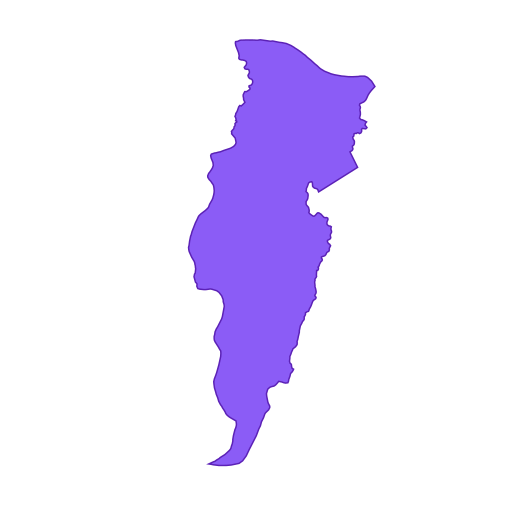 outline of Oeiras do Pará, Pará, Brazil, rotated 15°
{"feature_id": "56859067B20802906258225", "entity_name": "Oeiras do Pará", "entity_type": "district", "adm_level": 2, "iso_a3": "BRA", "parent_name": "Brazil", "parent_adm1": "Pará", "projection": "mercator", "projection_center": [-49.888, -2.385], "detail": "fine", "context": "isolated", "style": "filled", "palette": "violet", "viewbox_px": 512, "rotation_deg": 15, "n_neighbors": 0, "source": "geoboundaries", "source_scale": "gbopen_adm2", "svg_char_len": 6066}
<svg xmlns="http://www.w3.org/2000/svg" viewBox="0 0 512 512"><g transform="rotate(15 256 256)"><path d="M264.2,469.1L266.7,468.8L268.9,468.7L274.5,467.9L281.5,466.0L286.1,464.3L293.3,460.7L296.1,457.3L298.3,451.6L299.6,444.4L302.8,429.5L303.5,422.2L304.2,418.9L304.2,414.7L305.1,410.3L305.4,406.3L305.8,405.0L308.0,401.3L308.5,398.9L308.1,397.4L306.0,395.1L305.2,393.9L302.6,388.6L301.7,386.2L301.8,382.0L302.1,381.0L303.6,379.0L305.1,378.0L307.0,377.0L308.3,375.5L309.4,373.4L310.4,371.2L313.5,371.0L315.4,371.2L317.4,371.1L319.6,370.2L319.8,368.5L319.6,366.9L319.9,363.5L319.8,360.6L320.9,358.6L321.4,357.0L321.6,355.6L319.9,355.1L318.8,353.2L318.5,352.1L317.8,351.2L316.6,350.7L315.6,349.0L315.1,345.6L314.7,344.6L315.1,341.5L315.2,339.5L315.6,337.3L315.7,336.1L317.7,333.4L318.6,331.0L318.3,329.2L317.8,328.1L317.9,325.6L317.7,322.7L317.6,318.5L317.2,316.9L316.9,312.0L317.6,309.3L317.9,307.1L318.6,306.0L318.9,304.5L318.3,302.2L318.7,301.1L318.9,299.7L318.5,298.0L320.0,296.4L321.0,295.9L321.2,294.9L321.2,293.6L321.8,291.3L322.1,289.6L322.5,285.3L323.0,283.8L323.9,282.9L324.7,281.8L324.8,280.6L324.1,279.8L323.1,279.2L323.1,278.0L323.5,276.7L323.5,275.7L323.2,274.6L322.1,272.3L320.8,270.2L320.6,269.1L319.6,266.6L319.3,265.5L319.4,264.5L319.0,263.5L319.1,262.3L319.6,261.3L319.8,260.0L319.3,258.9L318.3,254.3L319.3,254.0L319.7,252.9L319.5,251.4L318.8,250.7L319.3,249.8L319.5,248.6L319.5,247.3L320.1,244.9L320.8,243.9L321.1,242.8L320.7,241.8L319.7,241.1L319.5,240.0L320.6,239.1L321.5,238.6L322.5,237.8L323.1,236.6L323.5,234.3L324.2,233.4L325.1,232.7L325.3,231.2L324.8,229.5L325.4,226.8L324.0,225.5L322.9,225.3L322.0,224.5L321.3,223.7L321.0,222.5L321.8,221.6L322.7,220.9L323.4,219.9L323.4,218.7L322.8,217.7L322.4,216.7L322.3,215.6L322.6,214.6L322.8,213.4L322.5,212.4L321.9,211.6L321.4,210.5L321.2,209.5L321.2,208.3L320.2,207.9L319.1,208.1L317.9,207.9L316.7,207.3L316.1,206.3L315.8,205.2L315.8,204.1L316.0,202.8L316.0,201.7L315.4,200.8L314.2,200.6L313.2,201.0L311.8,201.1L310.8,200.6L308.0,198.8L305.7,198.1L304.6,198.2L303.8,199.1L303.4,200.1L302.2,202.2L301.1,202.7L299.9,202.4L297.7,201.6L296.6,201.0L295.8,200.4L295.8,199.1L295.5,197.9L294.1,195.4L291.7,193.8L291.0,193.0L290.3,190.5L290.6,189.4L291.0,188.3L291.1,187.0L290.7,184.1L290.2,182.6L289.3,181.7L287.6,180.8L287.6,179.4L287.2,177.7L287.6,175.8L287.9,171.9L288.7,170.8L290.6,169.8L291.6,170.9L292.6,173.9L293.5,174.7L294.9,175.3L297.2,175.3L298.4,175.8L299.9,177.9L331.2,144.1L319.8,131.1L321.5,129.3L321.9,128.2L321.8,127.1L321.0,126.0L320.7,124.9L321.6,123.7L321.9,122.5L321.8,121.5L321.4,119.8L320.8,118.9L319.8,118.2L319.1,117.1L318.6,116.1L319.4,114.9L319.1,112.6L320.0,111.9L321.2,111.7L322.0,110.7L323.1,110.5L324.2,111.0L325.4,110.0L325.8,108.5L325.6,107.5L325.2,106.4L325.6,105.3L329.1,104.8L330.0,103.3L329.1,102.5L327.4,101.3L327.4,99.4L328.1,97.9L325.4,97.2L323.2,96.9L322.0,97.1L320.3,96.0L320.2,92.2L319.5,89.9L318.9,88.9L318.4,87.4L318.5,85.8L317.9,84.5L316.9,83.6L316.9,82.1L320.3,79.2L321.5,77.3L322.0,75.5L322.6,71.7L323.3,69.3L324.5,66.4L327.0,61.5L322.4,57.2L318.5,55.1L317.4,54.6L315.2,54.2L314.2,54.2L311.9,54.8L309.6,55.5L308.4,56.1L303.1,57.8L298.8,58.9L294.3,59.6L292.2,60.0L285.0,60.6L281.1,60.6L279.7,60.4L275.3,59.9L274.1,59.7L271.0,58.8L269.7,58.4L268.2,57.7L265.7,56.3L263.2,55.2L258.2,52.6L254.1,50.8L251.7,49.4L249.2,48.5L247.0,47.5L243.2,46.1L239.7,45.0L238.7,44.6L235.2,43.6L230.3,42.9L225.7,43.2L223.2,43.6L216.5,44.0L214.4,44.8L204.4,46.0L203.1,46.5L201.9,47.1L199.5,47.7L198.3,47.9L190.2,50.0L188.8,50.5L185.9,51.3L184.5,51.9L182.9,53.3L180.8,54.2L180.9,55.6L182.0,58.0L186.5,64.1L188.0,67.1L188.0,68.3L188.3,69.6L189.1,70.3L191.1,70.4L192.5,70.1L194.7,70.1L196.2,70.6L197.0,72.0L197.1,73.9L195.8,76.8L196.7,78.0L198.2,78.2L199.7,77.7L200.9,78.0L201.8,79.4L202.2,80.9L201.7,82.6L201.5,83.6L202.3,85.0L203.8,86.2L206.1,86.4L207.2,87.3L207.7,88.5L207.9,89.7L207.6,91.2L207.0,92.3L205.3,93.3L205.4,94.5L206.8,95.4L206.9,96.7L205.4,98.5L204.3,99.7L202.6,100.1L202.3,101.3L201.9,103.7L202.4,105.4L203.0,106.4L203.6,108.2L205.5,110.4L204.6,112.2L202.9,114.9L201.4,114.8L200.7,116.3L200.4,120.5L200.2,121.7L199.6,123.6L199.8,125.4L199.5,126.5L200.7,127.9L201.5,129.5L201.3,130.6L202.5,130.8L202.7,131.8L201.8,132.6L201.4,133.9L202.0,134.7L201.9,135.8L201.4,136.9L201.6,138.0L201.5,139.1L200.7,140.5L200.0,142.0L200.7,143.2L200.8,144.3L205.4,147.5L207.4,151.5L207.3,153.4L206.5,155.1L205.9,156.1L203.9,158.1L202.9,158.9L197.7,162.3L194.6,164.6L192.7,165.5L190.5,166.8L189.4,167.2L186.5,169.1L186.2,170.6L186.7,171.8L187.4,173.1L188.3,174.3L190.2,176.8L191.3,179.6L191.1,182.3L190.5,184.4L189.4,187.4L188.9,188.4L188.6,191.0L189.0,192.3L190.0,193.4L191.3,194.5L192.9,195.4L194.8,197.1L196.1,198.1L196.8,199.1L197.6,200.7L198.7,203.6L199.1,205.6L199.3,207.7L199.3,211.4L199.0,213.4L197.8,217.9L197.5,221.3L196.8,222.7L195.1,225.4L191.9,229.5L190.5,231.8L190.1,233.1L189.7,235.7L188.9,239.7L187.9,249.0L187.9,252.4L187.7,253.7L188.0,258.8L188.6,263.2L188.6,265.1L189.4,267.2L190.3,269.0L194.1,273.7L197.8,277.3L198.7,278.7L199.2,279.9L199.9,281.1L200.5,282.8L201.0,283.8L201.5,286.9L201.7,288.3L201.3,289.4L201.5,292.1L204.3,296.9L205.5,297.6L206.3,298.4L206.7,300.6L208.2,302.5L210.1,302.6L214.6,301.9L216.3,301.4L220.3,299.7L221.9,299.5L227.0,299.7L229.7,300.7L233.2,303.4L235.6,306.7L236.2,308.7L237.8,311.3L238.4,313.0L239.2,323.2L239.1,325.7L238.5,328.5L237.3,334.2L236.5,336.9L236.1,339.8L236.4,342.4L236.4,344.5L236.9,346.4L237.5,348.0L238.8,349.6L243.1,353.5L245.1,355.6L246.5,356.8L247.3,359.2L247.9,362.2L248.3,370.7L248.2,378.9L248.0,381.7L247.6,385.4L247.7,388.3L248.5,390.5L250.0,394.1L252.4,398.0L253.4,399.8L255.8,403.0L257.6,406.0L259.0,407.5L260.2,408.8L262.0,410.2L262.8,411.2L265.1,413.2L266.8,414.9L267.6,416.0L269.4,417.3L271.6,418.3L273.8,419.0L279.4,420.5L280.6,423.4L280.9,425.1L280.9,427.2L280.6,429.3L280.7,435.4L281.1,439.3L281.5,440.7L281.7,443.7L281.5,445.3L281.5,448.3L281.2,449.4L280.6,450.7L277.4,455.8L273.5,460.0L272.9,461.1L270.7,463.3L269.5,464.9L268.3,465.7L264.2,469.1Z" fill="#8b5cf6" stroke="#5b21b6" stroke-width="1.5"/></g></svg>